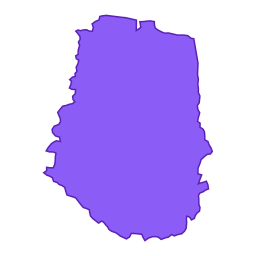 Queimadas, Paraíba, Brazil
{"feature_id": "56859067B78633571836614", "entity_name": "Queimadas", "entity_type": "district", "adm_level": 2, "iso_a3": "BRA", "parent_name": "Brazil", "parent_adm1": "Paraíba", "projection": "robinson", "projection_center": [-35.92, -7.398], "detail": "fine", "context": "isolated", "style": "filled", "palette": "violet", "viewbox_px": 256, "rotation_deg": 0, "n_neighbors": 0, "source": "geoboundaries", "source_scale": "gbopen_adm2", "svg_char_len": 2442}
<svg xmlns="http://www.w3.org/2000/svg" viewBox="0 0 256 256"><path d="M208.5,188.9L207.8,184.5L206.3,181.2L203.5,182.2L200.8,182.9L198.4,183.8L200.1,179.0L201.7,174.9L197.9,173.8L198.0,168.3L200.1,163.0L201.1,159.6L203.3,157.6L205.3,155.8L207.6,154.2L210.4,154.0L212.3,151.5L210.9,147.8L209.0,144.6L207.9,141.5L204.8,139.8L204.8,135.9L204.4,131.8L203.2,129.3L200.0,127.2L200.1,123.2L197.5,121.3L198.4,117.3L199.7,112.8L197.9,109.6L197.3,105.5L199.2,102.8L199.6,99.1L199.9,96.0L198.4,92.7L198.4,88.3L197.8,84.4L198.4,79.3L197.5,74.6L198.0,63.2L193.8,38.7L191.1,38.3L187.7,35.6L183.8,35.1L180.2,35.1L177.5,35.1L173.8,34.2L168.6,33.0L164.3,33.1L160.7,31.5L157.4,29.7L155.2,28.0L154.4,24.5L154.3,21.6L150.3,20.9L146.3,21.2L143.6,21.6L139.9,21.7L140.8,27.4L136.3,30.6L136.4,20.1L125.2,17.6L122.4,17.4L106.3,15.4L102.7,15.8L99.9,16.4L99.0,19.9L95.3,21.5L92.1,23.9L93.3,27.5L92.4,31.2L89.1,31.1L86.5,29.7L83.1,30.0L80.5,30.7L78.0,30.0L75.8,31.2L78.1,33.8L79.9,36.5L80.2,39.3L78.4,42.1L79.6,45.5L78.3,49.8L78.0,54.5L75.7,55.8L76.3,58.7L78.7,60.2L78.0,63.7L76.2,67.1L76.9,71.6L75.0,73.4L75.3,76.5L72.5,77.1L69.7,79.6L71.5,81.4L70.9,84.4L69.4,88.0L71.8,89.3L75.5,89.6L75.3,93.6L72.6,96.3L73.1,99.7L74.8,101.8L72.3,103.7L69.2,104.3L66.4,105.4L62.6,106.2L60.3,109.1L57.7,112.3L58.7,115.0L60.3,118.6L60.5,121.7L58.6,124.5L54.2,126.2L52.1,129.4L52.6,132.6L55.4,135.9L59.5,137.2L60.4,141.5L56.3,140.8L54.0,141.9L51.5,143.6L48.3,147.4L46.2,150.9L49.5,151.9L53.4,152.0L56.0,153.2L55.3,156.7L55.3,159.9L54.8,164.3L53.2,167.8L50.0,167.8L46.6,167.3L46.7,170.6L43.7,172.7L46.9,175.2L49.3,176.0L52.4,177.7L53.6,181.3L57.3,182.6L59.1,184.5L62.2,185.6L64.7,187.4L65.8,191.4L67.0,195.0L69.5,195.8L72.7,196.8L75.8,198.0L80.6,204.3L83.3,207.5L86.5,208.5L89.3,209.8L89.7,212.6L90.5,216.0L92.6,218.4L95.8,220.9L98.6,223.1L101.7,221.0L103.8,222.4L105.9,225.1L107.7,227.0L108.9,229.4L111.7,231.3L115.8,232.7L118.2,234.4L120.2,236.0L122.8,237.2L126.5,238.9L129.5,237.0L131.3,233.4L135.8,233.6L139.2,234.0L141.9,234.3L142.9,237.0L144.9,240.6L148.5,238.1L152.4,236.7L155.8,236.6L158.2,237.1L161.2,239.4L165.3,237.8L168.3,237.2L171.6,234.6L174.4,235.9L177.6,234.6L181.8,233.7L184.5,231.2L186.2,228.3L186.4,225.3L186.7,222.4L186.4,219.1L186.7,216.2L189.5,217.0L191.4,219.9L194.3,218.5L195.2,215.8L196.8,213.3L199.5,211.1L200.0,207.5L198.9,204.5L198.8,199.1L198.5,195.4L199.9,193.0L203.3,191.7L205.4,190.2L208.5,188.9Z" fill="#8b5cf6" stroke="#5b21b6" stroke-width="1.5"/></svg>